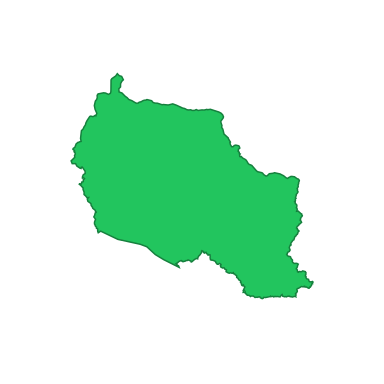 Kaleum, Xékong, Laos, rotated 65°
{"feature_id": "54806243B53165803906009", "entity_name": "Kaleum", "entity_type": "district", "adm_level": 2, "iso_a3": "LAO", "parent_name": "Laos", "parent_adm1": "Xékong", "projection": "albers", "projection_center": [107.195, 15.875], "detail": "fine", "context": "isolated", "style": "filled", "palette": "green", "viewbox_px": 384, "rotation_deg": 65, "n_neighbors": 0, "source": "geoboundaries", "source_scale": "gbopen_adm2", "svg_char_len": 6074}
<svg xmlns="http://www.w3.org/2000/svg" viewBox="0 0 384 384"><g transform="rotate(65 192 192)"><path d="M254.9,235.5L253.2,235.4L251.5,236.6L251.0,236.2L250.2,236.8L250.0,234.8L249.5,233.3L249.5,230.9L249.9,230.3L250.5,230.4L251.4,229.6L251.3,229.3L251.8,227.6L251.6,226.4L252.1,225.5L251.9,224.3L254.0,222.3L255.1,222.3L255.2,221.7L254.3,218.5L254.0,216.4L255.0,215.1L254.1,214.6L252.8,212.9L252.6,211.9L251.0,209.1L250.5,208.6L249.5,208.3L249.3,207.8L250.9,206.7L251.4,207.1L252.3,206.8L252.7,206.4L252.4,205.8L252.7,205.4L252.6,204.8L254.3,204.7L255.2,203.9L256.0,204.1L256.4,202.3L256.6,202.2L258.5,202.9L259.4,203.5L260.1,203.5L261.1,203.9L261.9,203.4L262.0,202.8L264.0,200.6L265.4,200.0L266.0,200.2L268.1,199.7L268.6,198.8L268.4,197.2L269.9,196.3L270.3,196.4L270.7,197.4L272.2,197.6L273.9,196.3L274.1,195.3L274.4,194.9L275.9,194.8L277.1,193.7L278.6,194.8L280.6,193.4L281.4,192.4L281.5,191.3L282.6,190.0L282.6,188.7L283.2,189.0L283.7,188.8L284.2,188.0L285.1,187.9L286.7,186.9L288.3,187.6L289.8,186.7L291.2,186.8L292.9,185.6L293.9,185.7L294.2,186.2L295.1,185.9L296.3,186.2L296.7,185.9L297.4,186.3L298.1,186.0L297.9,185.7L298.2,185.3L298.1,184.8L298.6,185.0L300.3,184.2L301.0,184.9L301.4,185.5L302.2,186.2L302.8,186.2L302.5,186.6L303.1,186.9L303.1,187.3L303.9,187.3L304.6,188.0L304.9,187.2L305.7,186.7L305.4,186.1L306.1,186.3L307.5,186.1L307.8,185.7L308.9,185.6L309.9,183.8L311.4,183.2L311.2,182.6L312.3,180.3L314.2,179.5L314.9,177.3L315.3,176.9L315.2,175.9L315.6,174.9L316.7,174.8L318.3,173.5L318.4,172.5L317.8,171.5L318.7,170.0L319.8,165.3L319.6,164.9L320.2,164.8L320.5,163.4L320.9,162.7L321.7,162.2L321.5,161.5L322.0,160.7L322.0,160.3L322.4,159.9L322.8,158.7L324.3,156.5L323.2,154.6L323.0,153.7L324.7,153.9L326.1,152.4L326.4,151.2L326.9,150.9L327.0,148.8L327.8,148.0L327.7,147.5L328.5,147.1L329.0,146.1L329.6,145.5L330.0,143.0L330.8,142.2L330.1,142.1L329.3,141.2L328.0,141.2L327.7,141.0L327.6,139.9L326.7,138.7L326.3,138.4L324.5,138.2L324.1,137.2L324.3,136.2L323.9,132.8L325.0,131.3L324.8,130.2L325.1,129.7L325.9,129.8L326.4,128.5L328.4,127.1L328.7,126.5L328.2,125.9L328.2,125.4L327.9,125.2L328.1,124.8L327.7,124.5L327.3,123.3L326.0,122.4L326.1,121.5L325.5,121.5L325.0,121.0L324.9,120.5L324.4,120.4L324.0,120.6L323.8,122.1L323.0,123.3L322.0,123.6L320.4,123.3L319.2,124.7L317.7,124.9L316.9,124.4L316.1,124.8L315.1,124.2L315.1,123.8L313.2,122.8L312.8,123.1L312.1,122.9L310.3,125.0L310.5,126.0L310.3,127.1L309.5,128.0L309.4,129.2L309.6,129.4L308.9,130.1L307.1,129.5L305.7,130.0L304.4,128.1L303.6,127.7L302.3,126.2L301.0,127.1L299.8,129.7L298.5,130.4L297.5,130.5L296.2,129.7L294.0,130.3L292.4,130.1L291.6,130.7L291.4,131.5L289.9,132.4L288.5,132.5L288.4,131.9L287.1,130.8L287.0,128.8L286.0,128.0L286.0,127.6L283.5,127.4L282.3,126.2L281.8,125.4L282.1,125.0L281.9,124.7L281.6,124.5L281.1,124.8L280.0,123.7L278.4,120.9L278.4,119.9L275.9,117.6L275.8,116.5L274.8,115.2L274.9,114.6L274.4,113.8L273.3,113.1L272.6,111.5L271.3,111.9L270.8,112.4L269.7,112.0L268.8,112.5L267.6,111.1L267.3,109.4L266.5,108.7L266.6,108.0L265.8,105.5L264.2,105.5L263.6,105.9L263.2,105.9L262.3,104.8L261.7,104.8L260.9,103.6L260.7,102.7L259.8,101.9L259.1,102.2L258.2,101.9L257.9,102.3L254.1,103.9L253.7,105.3L252.4,104.1L251.5,103.8L250.4,104.1L250.0,103.5L248.2,102.5L245.6,103.2L244.5,102.6L244.1,103.0L243.5,101.9L242.1,101.4L241.7,100.4L240.8,100.6L238.9,98.8L238.3,98.6L237.2,96.4L236.5,95.8L235.4,95.9L234.0,95.2L233.3,95.3L232.1,93.5L230.4,92.9L229.6,91.9L228.6,91.5L227.6,90.4L226.8,89.8L225.3,90.1L224.4,91.1L221.5,92.7L220.2,94.7L219.7,95.8L219.8,98.4L220.1,99.6L219.1,100.6L216.0,102.1L212.8,104.6L209.4,109.1L209.3,110.5L208.1,114.2L209.0,116.8L209.0,117.8L208.6,118.4L206.6,119.6L204.6,120.1L203.8,120.8L201.3,124.0L199.8,124.7L193.1,126.6L191.0,128.6L190.1,129.0L186.2,129.4L185.1,129.9L182.5,131.8L180.7,132.3L180.5,132.5L180.5,133.4L180.0,133.7L178.5,133.2L177.9,132.3L177.4,132.9L175.9,132.4L174.4,133.0L173.8,132.3L172.9,131.9L172.4,130.1L170.4,129.9L169.7,130.3L168.0,132.5L167.7,134.0L168.3,135.6L167.7,136.9L165.5,137.2L163.2,136.8L163.0,136.1L159.1,136.5L158.3,136.3L153.0,138.5L148.1,137.5L145.9,137.8L144.5,136.8L140.6,136.3L139.9,135.7L138.1,132.5L137.2,131.7L135.0,131.6L132.9,132.3L130.9,133.8L124.8,140.4L124.0,143.1L123.4,143.6L122.9,146.2L121.7,148.6L120.7,152.0L119.1,153.3L119.1,155.2L118.4,156.9L117.8,157.8L117.0,158.3L116.2,160.5L115.3,161.8L113.2,163.4L111.9,165.1L106.8,169.4L104.0,172.2L103.1,176.8L100.6,181.0L100.3,182.2L97.0,185.7L95.7,188.1L94.3,189.5L92.2,190.0L89.3,193.6L89.1,194.2L89.3,194.9L88.7,196.3L88.5,197.6L88.7,200.0L88.3,202.0L88.7,203.2L87.9,205.1L83.8,207.9L81.4,210.2L79.1,210.9L77.0,212.1L72.7,213.6L70.5,215.8L67.5,214.7L66.6,212.4L63.6,210.9L62.0,208.8L61.3,206.8L57.5,206.9L55.8,208.8L53.2,209.7L54.6,212.1L55.4,216.7L56.2,218.0L65.2,222.3L66.9,223.2L68.1,224.3L68.2,226.5L65.8,228.5L64.7,230.3L63.4,235.7L64.3,237.1L66.6,238.1L67.9,239.4L68.7,241.1L72.4,244.0L76.2,244.9L80.5,245.0L82.1,246.7L81.7,246.7L81.6,247.3L81.9,249.1L81.8,250.0L80.5,251.6L80.3,252.3L80.4,252.8L82.9,256.9L84.5,258.9L86.3,260.4L87.2,262.1L88.9,264.1L89.7,266.3L96.4,270.4L99.3,271.1L99.0,272.3L99.1,273.8L98.8,274.2L99.4,276.6L102.0,279.3L102.3,281.3L103.1,281.9L104.7,281.0L105.4,281.1L105.4,281.7L105.7,281.9L107.2,281.4L108.5,281.9L109.2,283.0L111.0,283.6L112.7,288.4L115.7,288.6L117.1,285.5L119.8,285.4L123.0,283.5L123.8,282.6L122.8,281.8L123.1,280.9L127.9,280.1L130.1,281.0L130.4,283.2L132.1,285.0L133.1,285.4L133.3,284.3L134.4,283.7L134.8,284.3L135.0,285.4L136.5,286.0L136.7,286.5L136.4,287.8L137.4,288.4L137.9,289.1L137.0,290.4L137.3,290.9L138.8,290.1L142.3,289.0L143.8,289.7L146.4,289.8L148.7,290.9L150.5,290.1L152.9,289.5L153.3,288.2L154.2,289.9L156.5,290.3L159.7,288.5L161.8,289.1L163.0,288.7L164.9,288.8L167.8,287.4L168.9,287.7L169.7,287.2L169.9,287.3L170.1,288.6L171.9,290.0L173.1,291.5L175.9,290.9L178.1,293.1L179.8,293.9L180.6,293.7L181.8,294.0L183.4,293.5L184.5,293.9L185.4,293.1L187.9,294.1L189.3,294.2L188.9,291.3L203.6,279.2L217.5,261.0L222.5,256.1L233.2,251.7L241.4,246.2L254.9,235.5Z" fill="#22c55e" stroke="#15803d" stroke-width="1.5"/></g></svg>